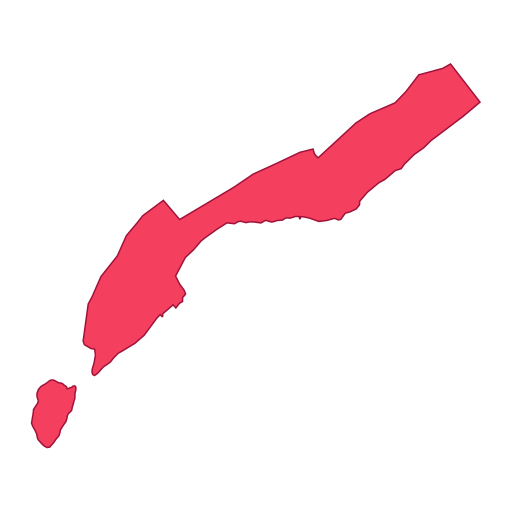 Foa, Ha'apai, Tonga (orthographic projection), rotated 182°
{"feature_id": "48082658B59083030943668", "entity_name": "Foa", "entity_type": "district", "adm_level": 2, "iso_a3": "TON", "parent_name": "Tonga", "parent_adm1": "Ha'apai", "projection": "orthographic", "projection_center": [-174.289, -19.734], "detail": "fine", "context": "isolated", "style": "filled", "palette": "rose", "viewbox_px": 512, "rotation_deg": 182, "n_neighbors": 0, "source": "geoboundaries", "source_scale": "gbopen_adm2", "svg_char_len": 2563}
<svg xmlns="http://www.w3.org/2000/svg" viewBox="0 0 512 512"><g transform="rotate(182 256 256)"><path d="M68.3,454.7L76.0,450.0L99.6,442.8L112.0,425.4L122.4,413.9L147.2,402.1L160.7,392.5L196.9,356.7L197.4,356.4L198.1,357.1L199.9,358.6L201.5,361.0L202.7,364.9L215.6,361.2L240.6,348.3L261.6,337.8L280.6,323.9L333.6,289.8L350.5,308.4L370.5,292.4L375.7,285.3L386.2,271.9L394.6,251.2L410.2,230.1L418.4,209.5L422.0,202.2L425.8,165.0L424.4,161.4L417.6,157.7L414.0,157.3L413.0,151.2L414.2,142.9L415.5,138.2L415.9,135.7L415.8,134.0L415.1,132.0L413.4,130.9L411.5,132.1L409.3,134.2L404.7,139.8L400.5,142.9L398.0,144.8L394.5,149.5L390.4,153.9L384.7,157.5L374.0,164.5L365.0,172.9L352.9,190.5L349.7,194.0L347.7,192.1L347.1,192.6L347.3,194.9L337.1,204.3L334.3,201.3L330.9,206.0L327.8,208.0L327.9,211.9L325.0,215.5L326.6,219.2L331.4,225.4L335.7,233.1L326.9,251.4L326.5,252.1L318.7,260.0L311.4,269.1L307.2,272.7L296.2,281.2L286.2,288.1L278.6,287.5L275.1,289.7L272.4,290.2L267.2,289.0L263.5,289.9L258.7,289.9L252.2,289.2L247.6,292.0L241.8,290.5L240.3,290.7L236.1,292.2L230.9,292.8L227.3,295.2L223.4,295.0L218.2,296.8L216.6,297.0L213.7,296.7L213.9,295.5L213.5,294.8L212.9,295.3L213.0,296.9L209.9,296.8L204.1,295.8L194.3,292.7L186.4,294.0L178.8,296.4L175.0,294.9L172.5,295.6L168.3,301.9L163.5,303.4L157.4,306.6L154.4,310.6L154.2,314.5L146.9,323.6L136.0,333.3L129.8,337.1L119.7,346.3L114.0,348.3L110.9,353.0L101.3,363.1L92.3,369.9L85.2,377.4L53.9,402.8L37.5,417.6L68.3,454.7ZM454.5,59.0L452.2,61.8L451.1,63.3L449.7,65.7L448.6,67.1L447.3,68.6L446.5,69.9L446.3,70.9L445.8,72.3L445.7,73.5L445.4,74.9L445.0,76.0L444.0,77.9L443.0,79.5L441.9,81.3L440.4,83.5L439.7,85.4L439.3,87.3L439.0,89.2L438.8,90.1L438.4,91.4L437.2,92.7L435.9,94.1L435.0,95.1L434.7,96.0L434.6,96.6L434.5,97.8L434.0,99.8L433.5,101.5L433.2,102.9L432.9,104.7L432.1,107.1L432.1,110.7L432.1,112.7L431.5,115.2L431.4,116.7L431.4,118.1L431.9,119.4L433.1,119.9L434.6,119.4L435.6,118.4L436.9,117.9L438.9,117.0L440.1,116.7L440.4,117.7L441.0,118.9L442.3,119.7L443.5,120.5L444.8,121.6L445.9,122.1L447.1,122.3L448.5,122.3L449.9,123.0L452.4,124.2L453.6,124.8L454.3,124.9L455.3,125.0L456.8,124.8L458.1,124.0L459.4,122.9L460.9,121.7L462.8,120.3L464.9,119.2L466.5,117.9L468.8,115.0L470.1,111.1L470.0,108.0L469.1,105.3L468.5,104.0L469.1,101.2L470.5,99.0L471.5,97.4L473.0,94.9L473.1,92.4L473.4,89.0L473.8,86.8L474.0,84.9L474.5,81.1L473.2,78.0L470.9,74.3L469.8,72.1L469.1,70.8L468.0,66.2L467.1,64.6L465.3,62.7L463.3,60.6L460.9,58.6L458.1,57.3L455.4,57.8L455.1,58.7L454.5,59.0Z" fill="#f43f5e" stroke="#9f1239" stroke-width="1.5"/></g></svg>